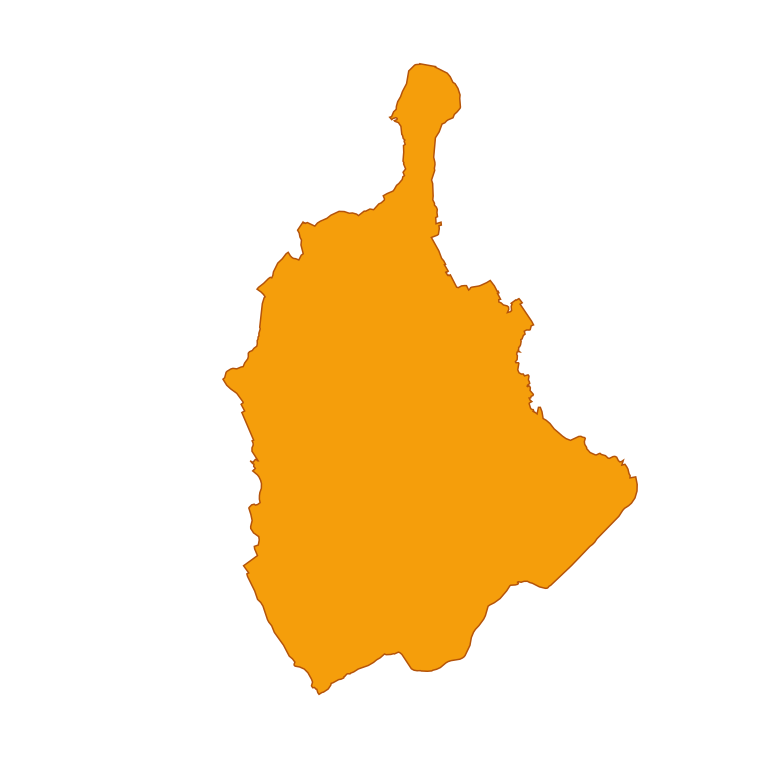 Pietrari, Vâlcea, Romania, rotated 248°
{"feature_id": "2599482B46623809555558", "entity_name": "Pietrari", "entity_type": "district", "adm_level": 2, "iso_a3": "ROU", "parent_name": "Romania", "parent_adm1": "Vâlcea", "projection": "mercator", "projection_center": [24.113, 45.105], "detail": "fine", "context": "isolated", "style": "filled", "palette": "amber", "viewbox_px": 768, "rotation_deg": 248, "n_neighbors": 0, "source": "geoboundaries", "source_scale": "gbopen_adm2", "svg_char_len": 6170}
<svg xmlns="http://www.w3.org/2000/svg" viewBox="0 0 768 768"><g transform="rotate(248 384 384)"><path d="M659.0,550.7L667.3,537.5L666.9,537.5L668.2,533.2L668.2,531.9L665.0,524.2L654.0,517.4L648.3,510.7L644.1,506.9L640.7,502.5L636.8,499.5L634.1,498.2L632.8,494.9L629.1,491.2L629.2,489.2L626.2,490.2L626.8,491.9L626.5,494.8L625.3,495.7L624.3,495.2L624.3,492.2L623.5,492.5L620.9,495.3L616.6,496.2L608.8,494.0L607.6,494.3L604.4,493.8L602.4,494.7L602.3,494.2L601.5,493.6L598.2,493.4L597.8,491.4L591.5,489.1L583.5,485.1L581.8,485.3L580.7,484.6L575.3,484.6L573.2,481.0L569.5,481.0L569.1,479.1L566.8,477.5L564.3,472.8L563.5,470.1L560.4,466.2L559.5,464.5L559.4,458.2L558.8,453.8L555.6,453.8L554.4,453.2L553.0,449.2L552.9,446.6L549.5,439.7L551.5,436.5L551.1,431.8L551.7,430.3L549.7,423.4L551.8,422.2L554.4,418.8L555.3,415.8L558.8,411.7L560.9,407.0L560.4,397.9L559.0,393.2L558.8,386.1L558.2,382.6L556.3,379.0L562.4,373.4L562.4,371.2L563.2,370.9L563.1,370.0L564.5,369.6L559.0,361.5L555.8,361.9L551.6,361.1L548.4,361.4L544.0,359.1L535.0,357.9L534.4,355.5L530.9,351.5L533.3,349.0L534.3,347.2L535.7,346.1L537.8,345.2L542.0,344.5L541.4,342.0L538.2,336.6L535.9,330.8L529.4,323.5L526.3,321.6L524.5,319.7L525.5,318.5L525.0,316.3L522.4,310.1L520.6,303.8L519.5,301.8L515.5,304.4L512.0,305.9L509.3,306.4L508.9,305.2L504.1,301.3L483.1,290.0L481.5,289.9L477.9,287.0L475.4,286.0L474.8,284.9L472.7,283.9L471.8,282.7L468.6,281.5L466.7,280.2L465.8,276.8L464.4,274.4L464.3,271.4L463.4,269.7L460.1,268.4L458.4,267.1L455.6,262.6L452.9,260.0L453.3,257.6L453.2,253.2L455.1,249.8L455.3,247.5L454.6,243.3L454.0,242.0L449.5,238.6L448.8,236.5L441.8,237.7L436.9,240.0L430.5,244.0L420.5,246.5L419.4,246.4L418.7,243.9L411.2,244.7L410.8,241.5L380.8,242.1L380.7,240.4L378.3,240.5L376.3,239.8L374.3,237.7L371.1,236.4L360.0,238.5L360.3,237.9L362.1,237.4L362.2,236.4L360.6,233.4L361.4,232.2L363.0,231.2L359.5,232.4L358.3,233.4L356.4,232.3L354.0,233.1L353.1,231.4L353.2,231.1L352.6,229.7L347.2,232.6L344.7,233.3L340.9,233.5L337.6,233.1L333.2,231.2L329.8,228.2L327.2,226.7L323.9,225.3L320.4,224.7L319.6,221.7L319.9,219.4L321.2,218.6L321.5,216.0L320.0,212.6L319.5,212.2L312.9,211.7L306.8,210.6L301.8,207.0L299.9,206.3L294.8,207.3L289.4,210.7L286.1,209.9L281.8,207.1L282.0,202.9L279.6,202.3L272.3,202.4L268.1,185.7L259.5,187.8L259.3,185.7L256.6,185.4L240.5,186.6L231.6,186.1L227.6,187.9L223.4,188.6L209.1,187.7L206.4,188.0L201.9,189.3L194.7,189.3L179.5,193.0L167.2,194.2L163.4,196.2L159.5,197.2L157.9,195.7L156.9,195.4L155.7,195.9L153.2,199.8L149.6,203.3L144.8,205.3L137.5,206.2L134.4,206.1L131.3,203.7L129.1,204.1L128.6,205.9L126.7,206.5L126.2,207.3L122.6,207.0L120.6,207.5L121.2,210.9L121.0,212.6L122.1,218.0L124.7,221.8L126.2,222.9L126.1,224.7L126.9,231.3L126.4,233.5L126.5,236.0L126.7,236.8L127.6,237.3L127.6,238.1L128.9,240.7L129.0,241.7L128.0,243.9L128.4,244.7L128.4,248.1L129.4,253.5L128.9,264.0L129.8,270.1L131.0,273.8L131.6,278.0L133.5,283.3L132.2,284.6L130.7,289.0L130.4,291.7L129.8,292.6L130.0,296.9L128.9,298.1L126.6,299.3L109.7,302.7L107.4,304.6L105.8,307.2L104.6,310.4L104.0,311.0L101.4,316.6L100.1,320.8L100.3,322.1L99.8,326.0L100.0,330.1L102.2,336.8L102.6,339.4L102.4,342.5L100.4,351.3L100.6,354.2L101.1,356.1L101.9,357.5L109.5,365.8L116.2,370.0L120.3,374.0L122.3,376.9L124.4,381.5L128.6,388.3L131.2,391.2L139.0,397.3L139.5,399.5L139.9,404.4L141.6,411.3L146.3,420.3L149.8,425.2L150.0,426.0L148.5,430.5L148.2,433.0L148.9,433.9L150.2,433.6L150.3,434.6L148.8,436.9L148.6,439.9L147.4,443.0L145.3,444.8L143.7,446.9L137.7,452.1L134.1,457.1L133.6,458.6L133.7,459.6L134.8,461.7L134.8,462.9L145.5,490.0L156.3,514.0L157.2,517.3L158.4,520.1L160.7,523.4L173.4,552.3L177.3,557.8L178.6,560.4L179.5,565.2L180.8,568.8L184.3,574.0L190.0,578.5L196.0,581.1L203.6,582.6L204.8,576.9L206.9,577.9L209.0,577.6L213.7,578.3L216.4,578.0L219.3,577.3L219.7,574.1L223.6,577.3L223.1,575.1L223.5,573.4L225.3,572.6L229.0,572.3L230.4,571.0L230.9,569.2L230.6,565.2L231.3,564.0L234.6,562.5L237.3,559.1L238.7,558.4L238.9,557.8L238.7,554.3L239.2,553.3L243.3,549.4L248.1,547.7L249.3,548.1L252.9,547.5L255.6,548.2L258.1,550.2L259.1,550.0L260.3,548.2L261.7,547.0L262.4,545.0L261.9,535.8L265.2,532.3L268.9,529.9L278.7,524.9L285.1,523.1L289.6,520.8L292.4,518.6L299.2,520.1L303.8,520.2L304.5,518.5L298.9,514.7L301.1,513.5L301.4,512.8L302.2,512.8L302.8,512.0L303.5,512.8L304.4,512.7L304.9,511.7L306.3,510.8L311.4,511.2L312.0,511.8L312.3,514.5L314.5,513.4L316.6,513.3L316.2,514.8L317.5,515.9L317.5,517.8L318.5,518.6L323.2,517.0L325.7,518.3L327.3,518.2L328.0,517.7L327.7,516.3L328.2,515.9L329.1,516.6L329.9,519.3L331.7,519.6L333.7,519.4L337.0,521.4L338.5,521.0L338.9,517.3L341.1,516.9L341.8,515.0L343.8,513.4L347.0,513.3L352.7,516.8L353.4,516.5L354.3,514.3L355.4,514.2L356.8,516.6L360.3,518.3L361.8,518.1L363.7,519.3L363.8,520.6L363.0,521.9L365.1,521.0L365.6,521.8L367.5,522.6L367.7,523.6L369.2,525.3L372.1,527.1L374.0,527.5L374.0,528.8L376.8,531.4L377.4,533.5L380.4,533.8L380.7,536.5L379.6,538.9L379.6,539.9L382.8,542.3L382.8,544.8L386.8,544.4L407.1,540.1L407.5,542.6L411.2,541.6L412.6,541.1L412.2,537.9L412.6,537.6L411.2,532.1L410.1,532.6L408.3,531.0L404.3,529.8L403.7,528.2L404.0,525.2L406.4,527.6L408.7,528.3L410.3,527.4L412.6,524.3L415.3,523.0L417.1,521.2L419.2,522.0L418.9,523.8L425.5,523.2L425.5,524.7L427.4,524.5L427.3,523.7L433.6,523.1L440.2,521.3L439.5,517.1L439.2,510.2L439.4,508.2L440.9,501.7L440.9,500.4L439.8,499.0L439.4,497.7L444.3,497.3L445.1,495.5L445.9,492.6L445.5,489.0L446.6,487.6L460.3,486.4L460.0,485.0L460.8,484.9L460.8,483.8L464.5,483.1L464.6,484.3L464.2,484.3L464.5,485.8L472.0,484.7L471.9,485.9L475.9,485.5L478.9,484.5L486.8,484.7L502.1,482.8L502.0,489.1L502.4,490.5L507.4,493.5L510.1,494.2L509.9,496.7L512.7,497.5L513.1,492.3L519.0,494.3L519.1,496.3L523.1,497.3L525.9,498.8L528.3,498.8L530.9,497.8L532.7,498.5L536.4,498.2L539.9,500.0L551.6,504.2L555.3,504.5L563.0,511.0L565.1,511.5L568.2,513.4L570.4,514.2L575.6,515.0L593.0,523.9L597.1,529.6L603.3,535.2L603.4,538.3L604.5,540.6L604.9,542.3L605.0,547.7L607.6,550.2L609.0,553.9L611.2,557.9L612.1,558.6L620.4,561.2L623.5,562.8L630.3,563.3L635.8,562.4L637.9,560.9L644.0,560.5L648.5,559.1L658.6,550.2L659.0,550.7Z" fill="#f59e0b" stroke="#b45309" stroke-width="1.5"/></g></svg>